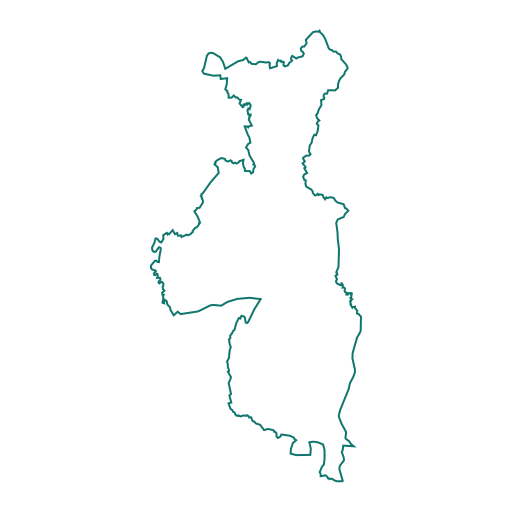 outline of Phan Thong, Chon Buri, Thailand
{"feature_id": "78962969B10956756267411", "entity_name": "Phan Thong", "entity_type": "district", "adm_level": 2, "iso_a3": "THA", "parent_name": "Thailand", "parent_adm1": "Chon Buri", "projection": "equal_earth", "projection_center": [101.08, 13.465], "detail": "fine", "context": "isolated", "style": "outline", "palette": "teal", "viewbox_px": 512, "rotation_deg": 0, "n_neighbors": 0, "source": "geoboundaries", "source_scale": "gbopen_adm2", "svg_char_len": 6026}
<svg xmlns="http://www.w3.org/2000/svg" viewBox="0 0 512 512"><path d="M353.7,446.3L351.2,444.3L348.8,440.9L346.2,439.2L345.4,437.9L346.2,432.2L341.5,423.6L339.0,417.2L338.8,415.5L340.3,409.6L348.8,388.7L349.9,383.3L353.3,376.8L354.9,372.4L354.9,369.4L352.4,358.2L352.7,352.9L357.0,337.7L360.3,332.0L360.7,330.0L361.0,316.7L358.7,314.1L356.9,313.4L357.3,310.8L355.1,308.1L355.0,306.7L353.3,306.9L352.4,307.7L350.6,304.8L351.1,304.2L350.4,303.1L350.2,301.0L351.2,300.8L351.3,299.6L352.1,299.2L350.4,298.0L351.4,297.0L351.1,295.8L351.9,293.9L351.7,293.2L350.8,292.9L349.8,293.7L348.8,293.1L347.9,294.6L346.4,294.6L346.7,292.7L345.2,292.2L344.6,290.9L345.0,288.4L343.8,287.5L342.5,287.6L342.9,285.3L341.9,283.4L341.4,283.3L340.8,285.1L340.1,285.1L336.8,283.3L335.9,281.4L337.0,279.3L335.5,275.8L337.4,274.5L337.1,273.1L336.3,272.6L336.4,271.9L338.5,267.1L339.0,249.0L337.8,239.4L337.5,232.2L336.2,222.9L337.8,219.4L343.6,217.0L345.2,213.8L348.3,210.8L346.5,208.6L345.1,208.2L343.7,204.3L337.3,202.4L335.6,200.9L333.7,197.9L330.6,197.2L327.2,198.1L326.3,197.4L325.1,199.3L323.3,196.9L322.6,194.8L319.5,194.4L318.6,195.1L317.7,193.8L316.0,195.3L314.9,195.4L312.8,192.9L312.6,191.3L311.4,189.6L306.2,186.6L305.4,183.8L305.8,180.4L304.2,179.7L303.1,176.8L304.1,174.6L307.1,173.0L304.3,168.2L305.5,167.6L305.5,166.8L302.6,163.5L304.8,161.4L302.9,158.4L303.6,157.4L306.2,155.6L309.2,155.6L310.5,154.3L309.0,151.5L309.7,145.7L311.6,142.7L312.7,137.8L314.3,134.7L316.1,135.2L317.8,130.4L318.4,125.4L316.8,123.7L317.9,121.4L319.3,120.5L317.2,118.3L316.1,115.1L317.6,113.3L318.9,109.3L321.4,105.3L321.1,100.0L324.0,99.1L324.3,97.8L323.6,96.8L323.7,95.1L324.7,93.7L327.0,93.7L328.2,90.2L335.1,90.4L338.0,87.7L338.0,84.2L339.2,80.6L340.1,78.8L344.4,74.2L344.7,72.2L347.6,68.4L347.2,66.5L345.7,64.0L341.2,59.1L341.2,57.1L340.1,54.5L337.5,53.4L336.1,51.6L333.4,51.6L332.0,50.1L329.9,49.5L328.8,48.4L325.1,38.7L322.7,34.6L320.2,32.5L319.5,30.7L318.0,31.8L316.4,31.4L313.1,32.1L305.9,39.8L306.6,43.3L304.3,46.5L302.4,46.5L300.8,48.4L301.2,50.7L302.9,52.0L303.8,53.7L302.6,56.3L297.9,57.5L296.4,58.5L292.3,55.9L291.0,58.1L291.2,59.4L292.1,60.6L289.3,62.9L287.9,65.4L284.8,66.4L283.5,65.3L283.8,62.2L283.5,61.7L281.4,62.0L281.0,60.7L279.1,60.8L278.1,60.0L276.7,63.2L276.9,66.1L270.1,68.3L269.5,65.7L270.0,63.6L269.0,62.2L266.1,62.5L260.0,61.7L258.4,62.2L255.9,64.2L251.7,63.9L249.9,61.9L248.8,62.4L246.5,57.8L246.0,57.6L243.2,60.0L238.3,61.2L225.3,68.8L223.0,61.9L220.1,57.3L212.9,53.0L210.8,52.8L208.6,53.4L206.9,55.8L204.0,68.1L202.3,71.1L203.9,73.7L213.4,75.7L220.3,75.3L220.7,79.0L227.1,78.2L226.8,84.0L225.3,89.4L227.3,90.9L227.2,92.1L228.4,93.7L228.7,97.7L231.7,97.6L233.8,95.5L235.7,97.5L237.2,97.4L239.3,99.6L241.0,99.9L239.6,103.5L242.6,107.2L243.5,106.7L243.4,104.7L244.1,104.2L245.0,105.0L246.7,103.2L247.2,104.6L249.1,103.0L250.5,104.7L250.5,106.8L249.6,109.3L248.3,108.5L247.5,110.4L248.1,114.1L248.8,114.1L249.0,115.0L250.6,114.6L250.4,116.1L249.0,117.6L249.3,118.8L248.8,119.6L251.8,125.6L248.7,126.4L248.1,127.4L247.1,126.4L244.7,126.4L247.8,134.7L249.4,137.6L250.4,142.7L248.2,143.9L246.0,147.5L248.3,150.1L249.5,155.4L254.0,163.1L253.4,164.5L254.3,164.6L255.2,166.5L253.5,169.0L253.1,172.2L251.2,173.5L250.0,171.2L244.9,170.9L244.9,168.8L243.7,166.9L242.9,162.9L243.5,159.8L239.2,161.3L238.6,162.5L236.5,163.5L234.7,162.7L233.4,163.3L232.0,162.3L231.6,160.9L230.4,160.3L229.0,161.3L227.4,161.4L225.5,160.5L225.0,159.0L221.5,158.0L217.4,160.1L215.1,162.1L215.6,163.2L214.5,164.3L217.8,167.3L218.7,172.9L210.2,182.8L202.9,193.2L201.4,194.2L201.5,195.4L200.8,196.0L202.2,197.9L201.8,198.5L202.9,200.4L202.9,202.5L199.6,207.8L196.9,208.1L196.8,209.1L194.4,211.3L197.6,216.6L200.1,222.7L199.1,223.1L198.8,224.7L196.8,227.3L195.2,227.8L192.6,231.1L192.8,231.9L190.1,234.4L187.9,235.3L186.9,234.6L181.5,237.0L181.1,235.4L177.9,235.7L177.2,233.0L175.0,234.2L172.7,230.2L169.0,234.2L168.0,233.6L167.6,234.3L166.8,232.9L163.3,235.1L163.4,239.1L161.2,242.5L159.3,241.5L157.3,238.7L155.5,238.5L154.4,242.9L152.0,247.6L152.4,250.4L153.8,251.8L155.6,251.8L159.0,247.2L160.6,247.9L160.8,249.4L159.4,256.5L158.9,262.1L157.4,261.9L156.2,260.6L154.8,260.9L151.1,265.4L151.0,268.1L152.0,269.4L155.4,270.5L155.9,271.1L154.0,273.3L154.3,275.0L155.1,275.2L156.9,273.6L157.6,274.2L157.8,276.4L157.1,277.9L159.9,277.8L160.5,279.8L158.7,281.4L158.6,282.7L159.5,283.4L161.1,282.0L162.1,282.0L163.4,283.7L163.3,285.9L162.6,286.7L163.1,289.3L164.4,290.7L162.2,292.6L162.4,294.7L163.7,294.8L163.0,296.5L163.4,298.3L162.5,302.7L164.1,303.3L164.1,300.7L164.8,299.9L166.7,301.2L167.4,304.6L169.8,306.9L170.6,310.1L173.7,315.3L177.7,311.7L180.6,314.1L198.2,311.4L210.3,305.4L213.1,304.9L221.1,305.7L227.5,301.9L237.2,298.9L249.6,297.8L260.6,299.1L254.1,309.7L248.2,322.0L247.2,323.0L245.8,322.7L244.8,317.4L243.7,316.4L241.7,315.8L241.1,316.3L240.4,318.5L238.9,318.0L236.3,323.0L234.5,329.9L233.0,331.1L232.1,333.2L230.2,335.6L230.3,338.2L229.0,339.4L229.8,344.6L230.8,346.9L229.7,350.4L228.9,358.1L227.0,361.6L227.8,363.9L227.8,366.5L229.0,370.5L228.8,371.4L227.9,371.7L230.9,377.0L230.6,378.7L228.7,383.0L231.0,394.0L229.5,395.3L229.5,396.0L231.3,402.6L228.5,403.4L230.6,409.0L232.2,410.0L233.3,412.0L234.5,412.3L235.9,415.4L238.1,415.9L238.4,415.4L240.5,416.4L243.8,415.4L246.1,415.9L247.0,415.2L248.5,416.1L249.2,417.5L251.1,417.3L252.6,420.9L253.8,421.3L256.2,423.6L260.0,424.7L264.1,430.1L268.1,428.9L273.6,430.3L274.2,431.8L275.4,432.0L276.3,432.9L276.6,436.7L278.0,438.0L280.5,436.4L281.4,434.5L289.7,435.7L293.7,437.5L294.4,438.9L296.2,440.2L292.8,443.1L290.9,449.1L290.6,453.6L291.0,453.7L296.1,455.1L310.3,454.9L310.8,448.7L309.4,442.2L313.4,441.7L317.8,442.3L323.0,444.4L324.5,449.6L324.6,458.9L323.8,464.6L322.0,466.7L319.7,472.1L320.6,473.9L320.7,476.2L325.5,475.3L327.4,477.0L328.0,478.3L329.1,478.4L329.4,479.1L331.7,478.6L335.0,480.7L337.3,481.3L342.5,481.2L342.7,480.7L339.4,469.3L339.5,467.1L340.4,464.9L343.8,460.7L344.0,459.7L343.5,456.9L341.8,452.2L342.6,450.4L343.3,445.6L353.7,446.3Z" fill="none" stroke="#0f766e" stroke-width="2"/></svg>